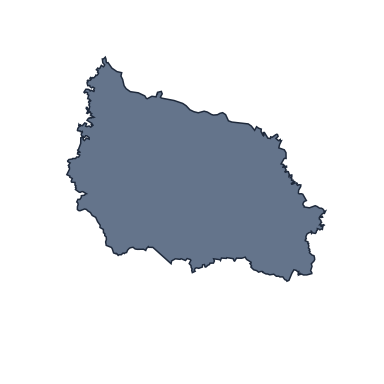 the district of Tangail, Dhaka, Bangladesh, rotated 117°
{"feature_id": "16705992B55867939933107", "entity_name": "Tangail", "entity_type": "district", "adm_level": 2, "iso_a3": "BGD", "parent_name": "Bangladesh", "parent_adm1": "Dhaka", "projection": "orthographic", "projection_center": [89.988, 24.376], "detail": "fine", "context": "isolated", "style": "filled", "palette": "slate", "viewbox_px": 384, "rotation_deg": 117, "n_neighbors": 0, "source": "geoboundaries", "source_scale": "gbopen_adm2", "svg_char_len": 6044}
<svg xmlns="http://www.w3.org/2000/svg" viewBox="0 0 384 384"><g transform="rotate(117 192 192)"><path d="M233.4,311.4L233.3,308.0L234.3,307.6L234.3,304.8L237.1,304.6L237.9,303.8L236.6,300.6L239.0,299.4L239.2,298.3L240.9,297.9L241.1,296.9L242.7,297.0L243.4,292.5L243.0,291.3L241.9,290.6L241.2,289.4L241.5,285.4L242.1,286.1L243.6,286.3L245.5,288.9L247.1,288.2L249.6,288.6L250.3,290.3L253.2,290.2L253.4,289.0L254.8,287.8L257.2,287.4L259.6,286.2L260.0,284.7L259.6,283.3L255.9,280.0L255.5,278.2L256.2,276.1L256.4,273.2L258.2,270.3L258.3,266.3L261.3,262.6L263.3,258.7L265.4,257.9L265.6,254.0L268.5,252.4L268.7,250.8L270.5,249.9L271.0,248.0L273.2,246.7L275.7,246.3L278.5,244.2L278.0,238.7L278.7,237.4L281.9,234.2L281.6,231.7L281.1,231.7L281.1,231.0L282.0,229.0L281.0,228.5L280.0,226.5L278.0,225.9L277.4,225.0L277.6,224.4L276.1,223.6L275.7,222.8L273.1,223.0L270.6,222.3L269.4,221.3L268.0,219.4L268.6,216.8L267.9,214.7L265.0,209.2L265.1,206.7L263.0,206.9L260.5,206.1L260.9,205.4L259.1,201.7L265.4,178.1L262.7,178.9L259.1,176.5L257.4,172.0L256.4,171.5L256.0,166.7L253.5,166.1L252.9,162.7L253.4,162.0L257.1,162.0L257.9,159.6L259.7,158.4L260.4,157.1L262.0,156.7L263.7,155.1L261.2,153.2L260.5,154.5L258.5,154.5L257.4,153.4L257.0,151.4L254.2,148.7L252.1,149.5L251.0,148.0L252.8,146.4L252.6,145.6L249.9,144.5L248.7,143.5L247.3,143.7L245.6,140.6L243.3,140.7L241.7,142.4L239.6,136.3L240.1,135.5L237.5,135.8L235.6,131.3L234.7,131.2L232.7,125.1L234.2,123.4L234.2,122.6L230.7,122.3L228.5,117.7L225.9,115.0L227.3,112.8L227.7,107.5L228.4,107.1L229.4,107.9L230.8,105.4L232.1,105.5L233.3,101.7L232.7,98.7L233.2,96.3L231.5,94.5L230.9,93.2L230.9,92.6L231.5,92.4L231.4,88.7L230.8,87.8L230.5,85.1L228.1,81.8L228.8,78.6L227.6,76.5L227.8,75.2L226.4,72.6L227.9,69.6L227.8,67.8L228.4,66.9L226.7,65.5L219.2,66.1L215.0,65.9L214.5,63.4L215.1,61.7L214.4,60.8L216.9,60.2L216.2,59.3L217.4,59.2L216.8,58.7L215.5,58.7L216.0,57.7L215.4,57.2L215.3,55.0L213.8,52.1L210.3,48.2L209.4,48.7L208.3,50.6L203.8,51.3L201.8,53.1L198.3,52.0L196.5,52.0L194.8,53.1L193.4,54.4L193.7,56.3L192.8,59.8L191.2,59.9L190.9,61.1L189.6,61.1L189.0,62.9L187.0,63.4L185.7,64.7L184.9,64.7L185.0,65.6L183.8,66.0L184.0,69.0L182.6,69.4L181.8,68.9L180.4,70.2L177.4,70.5L175.1,69.3L174.0,67.6L172.8,68.0L172.9,67.3L174.4,66.6L173.8,66.4L173.0,63.4L171.9,63.0L170.0,63.4L168.9,63.0L167.7,63.7L167.4,62.0L167.7,60.9L165.9,59.5L166.0,58.9L163.0,59.9L161.5,59.2L161.4,60.0L162.2,60.8L163.8,61.0L163.8,61.6L163.0,61.4L162.6,61.9L163.3,63.4L160.1,62.8L159.9,63.6L158.8,64.3L158.3,66.3L157.0,66.9L155.2,64.2L154.6,64.8L155.4,65.4L155.5,66.8L152.3,66.0L151.3,65.3L151.0,64.3L148.4,64.4L149.7,65.3L148.6,65.9L147.7,67.9L147.7,69.3L148.5,71.1L148.1,73.9L148.3,76.0L152.8,80.2L154.4,85.3L153.7,85.6L152.9,87.4L151.8,87.9L149.5,87.7L147.7,86.2L143.7,92.3L143.9,93.8L145.0,95.7L144.7,96.7L142.0,97.8L137.9,97.6L136.3,98.2L137.0,100.1L138.1,100.8L137.8,101.9L136.6,102.1L136.4,102.8L137.2,104.4L139.4,106.0L139.8,106.8L139.2,107.3L136.2,105.5L136.3,107.0L135.6,107.4L136.3,108.6L134.3,109.4L134.6,110.8L132.8,110.1L131.5,110.8L132.0,111.7L134.0,112.7L132.2,113.3L130.2,115.4L130.4,116.4L131.9,117.6L131.8,118.4L129.7,118.1L127.9,120.5L126.9,119.0L126.1,119.5L127.0,120.6L126.5,121.6L128.3,121.7L128.6,122.2L127.1,122.4L126.0,123.2L126.5,125.4L120.6,125.1L119.9,124.7L119.4,123.4L114.3,126.1L112.5,128.9L113.3,134.7L109.9,135.5L105.8,135.6L106.5,136.4L105.2,137.2L107.0,138.3L106.2,141.5L103.4,140.5L102.0,141.9L102.0,142.6L103.0,143.4L106.8,145.4L107.1,146.9L108.7,146.4L109.6,148.8L106.1,154.5L106.6,155.4L108.8,153.7L109.5,153.8L109.3,154.5L106.7,158.0L104.5,158.8L104.9,161.7L104.5,164.1L108.6,164.2L106.3,169.1L105.8,172.8L111.6,188.3L112.0,191.9L107.8,197.2L107.4,200.7L109.2,202.8L111.6,204.4L113.7,207.8L114.1,209.8L113.8,214.6L114.5,217.9L118.6,222.4L119.6,226.8L119.7,231.2L117.8,236.4L117.3,240.5L118.6,249.5L122.2,261.9L121.9,263.2L118.1,263.1L116.3,265.0L118.8,267.9L120.1,267.4L120.1,267.8L123.5,267.2L124.9,271.2L129.2,274.2L129.3,275.2L127.8,277.7L128.0,284.9L130.6,292.5L129.9,297.5L128.1,300.8L123.2,304.9L121.0,307.9L117.6,308.8L118.8,313.5L118.0,319.6L114.8,325.6L115.5,326.3L115.2,327.4L112.7,328.9L111.2,330.5L113.5,331.2L114.2,332.3L117.4,330.1L118.4,327.5L120.4,327.6L120.7,327.8L120.3,330.3L123.6,330.3L124.5,330.9L124.3,332.2L126.5,332.7L126.7,330.6L128.1,330.6L128.5,329.3L129.3,329.2L131.1,329.6L131.6,330.8L132.2,330.5L134.9,331.3L135.1,332.4L135.9,332.7L135.9,334.3L137.0,334.5L137.4,333.1L138.6,333.3L139.0,334.4L139.6,334.6L139.7,335.6L140.2,335.8L141.2,334.8L141.8,335.3L142.5,335.0L144.6,333.1L143.6,331.4L144.5,330.6L144.8,328.7L143.5,328.0L143.7,326.0L145.2,326.1L146.1,325.1L147.0,325.1L147.1,328.1L148.2,328.6L147.6,329.5L147.6,331.1L148.6,333.2L152.1,333.6L152.5,332.7L151.1,331.5L151.0,330.1L152.5,329.5L152.6,328.0L156.2,327.3L155.9,325.6L156.7,323.6L157.3,323.8L157.0,324.9L158.9,325.0L159.9,323.3L161.3,323.4L162.2,322.0L166.4,320.8L164.2,323.9L164.5,324.5L165.6,324.2L166.9,321.5L169.5,321.6L169.4,320.6L168.2,320.4L168.0,319.7L167.0,319.5L166.8,319.0L167.8,318.1L167.7,317.0L169.6,317.3L169.9,313.2L170.7,314.0L170.4,314.9L172.0,315.5L171.8,316.6L172.9,316.9L173.2,317.7L175.8,318.1L176.3,312.5L177.9,312.4L178.2,311.7L177.1,311.1L177.5,310.5L180.2,311.7L179.9,313.7L181.5,315.3L181.7,316.6L178.9,317.0L179.1,318.9L182.7,319.8L183.2,321.4L184.0,321.5L183.9,322.6L183.2,322.5L183.5,322.9L183.2,323.4L184.2,323.1L184.6,322.2L187.1,322.6L189.1,322.1L189.3,321.5L188.4,319.4L188.9,319.0L188.7,318.1L187.8,317.3L188.4,316.8L190.8,317.0L192.2,315.5L191.9,314.3L192.5,314.0L192.0,312.4L190.2,312.4L189.7,311.3L190.2,308.3L191.6,307.6L191.9,310.5L195.0,311.2L194.7,312.8L193.3,313.4L192.6,313.1L192.9,314.9L193.4,314.7L194.2,315.7L199.3,313.2L205.5,312.5L206.6,312.9L207.2,312.0L207.0,310.7L207.4,310.0L208.6,311.8L210.1,311.3L209.9,308.9L210.3,308.7L212.4,308.9L213.2,310.7L215.0,310.9L216.3,313.5L217.0,313.7L218.9,316.4L220.8,316.9L221.3,316.5L221.4,313.8L224.6,314.2L224.8,313.1L225.8,313.1L226.0,312.2L227.4,311.5L233.4,311.4Z" fill="#64748b" stroke="#1e293b" stroke-width="1.5"/></g></svg>